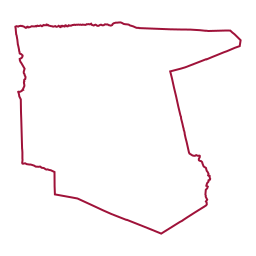 outline of Nkayi, Matabeleland North, Zimbabwe
{"feature_id": "62879985B68584159333685", "entity_name": "Nkayi", "entity_type": "district", "adm_level": 2, "iso_a3": "ZWE", "parent_name": "Zimbabwe", "parent_adm1": "Matabeleland North", "projection": "orthographic", "projection_center": [28.451, -18.923], "detail": "fine", "context": "isolated", "style": "outline", "palette": "rose", "viewbox_px": 256, "rotation_deg": 0, "n_neighbors": 0, "source": "geoboundaries", "source_scale": "gbopen_adm2", "svg_char_len": 5142}
<svg xmlns="http://www.w3.org/2000/svg" viewBox="0 0 256 256"><path d="M206.3,205.2L206.8,204.3L206.6,202.4L205.9,201.5L207.2,199.7L205.7,196.7L205.8,195.6L205.4,194.6L205.8,189.8L207.2,188.3L207.8,186.6L206.7,185.9L206.5,185.5L206.4,185.5L207.1,183.2L208.5,181.6L208.5,180.3L210.0,179.6L210.2,178.8L209.8,178.1L209.6,175.9L208.6,175.8L208.1,175.3L208.6,174.0L207.7,172.1L206.7,170.8L206.1,168.7L206.1,168.2L205.8,167.8L204.1,166.8L203.6,166.3L203.3,165.6L202.4,163.3L202.2,162.3L202.1,162.1L201.3,161.3L201.0,161.1L200.4,161.0L199.4,160.6L199.0,160.3L198.9,160.2L198.8,159.5L198.9,158.7L199.3,158.0L199.5,157.7L199.8,157.0L199.8,156.6L199.8,155.9L199.7,155.8L199.6,155.7L199.2,155.6L198.3,155.8L198.1,155.8L197.2,155.6L196.3,155.1L196.2,155.1L195.0,155.8L194.0,155.8L192.6,155.5L192.2,155.3L191.0,154.5L189.5,153.6L189.4,153.4L189.2,152.8L189.0,152.6L188.5,150.4L186.6,141.9L185.6,138.1L184.7,134.0L184.6,132.7L184.2,131.0L183.8,130.1L183.6,128.5L183.2,127.3L182.4,123.6L181.1,118.5L181.0,116.8L180.5,115.7L178.3,106.5L176.2,96.8L173.9,87.2L172.0,78.5L170.2,71.4L180.6,68.7L185.3,67.3L205.7,59.4L206.2,59.2L206.5,59.4L212.7,56.8L216.2,55.4L223.8,52.3L226.9,51.2L234.9,47.8L239.7,46.1L240.6,40.3L240.6,40.2L234.5,34.2L232.2,32.4L230.3,30.6L226.8,30.5L208.4,31.0L205.9,30.7L205.7,30.8L200.0,30.2L190.3,29.6L180.3,29.5L170.0,29.3L159.8,28.9L139.1,28.1L138.9,27.9L137.4,27.9L136.9,27.9L135.7,27.5L133.3,26.4L131.0,25.7L130.1,25.5L128.7,24.6L127.4,24.4L125.1,24.2L123.6,23.9L122.3,23.1L121.6,22.8L121.2,22.6L120.4,22.4L118.6,22.5L118.0,22.6L117.1,22.7L115.6,22.7L114.4,23.1L113.9,23.2L113.5,23.4L112.6,24.1L112.5,24.4L112.2,25.0L111.2,25.5L110.7,25.6L109.9,25.4L109.6,25.3L108.9,25.2L108.7,25.0L108.1,24.8L107.9,24.6L107.4,24.4L107.1,24.4L106.1,24.5L105.0,24.3L103.7,25.2L102.3,25.3L101.1,24.7L100.4,24.8L99.4,25.3L98.6,25.8L97.3,25.8L96.0,24.9L95.9,24.9L95.6,24.7L94.5,25.0L93.8,25.5L91.9,24.9L91.1,23.7L89.9,24.4L88.6,24.1L87.7,24.3L86.7,24.2L85.7,24.9L83.0,24.7L82.5,24.6L81.9,24.9L81.1,24.8L80.3,24.6L80.1,24.7L79.4,24.8L78.5,24.6L78.1,24.6L77.4,24.8L76.5,24.7L75.7,24.8L75.3,25.0L75.1,25.0L74.5,24.7L74.1,24.8L73.7,24.8L73.4,25.0L72.5,25.0L72.1,25.1L71.9,25.3L71.7,25.5L71.4,25.6L71.1,25.6L70.6,25.7L70.4,25.7L70.1,25.5L69.9,25.5L69.6,25.6L69.3,25.7L68.9,25.4L68.6,25.3L67.9,26.3L67.7,26.4L66.9,26.3L66.4,26.0L66.3,25.6L66.1,25.5L65.8,25.4L65.4,25.3L65.1,25.5L64.9,26.0L64.8,26.3L64.7,26.5L64.3,26.5L64.2,26.3L63.1,26.0L62.5,25.8L62.4,25.8L62.1,26.3L61.9,26.2L61.4,25.9L61.2,25.9L61.0,26.4L61.0,26.6L60.7,27.1L60.2,27.1L59.2,26.1L58.7,25.8L58.3,26.2L57.0,26.7L56.4,26.8L55.9,26.6L55.3,26.1L53.5,26.6L52.9,26.6L52.3,26.3L50.8,26.1L50.1,25.9L48.1,25.4L47.9,25.2L47.9,24.9L47.2,24.7L46.8,24.6L46.8,25.1L46.7,25.2L45.9,25.2L44.3,25.2L44.0,25.3L43.7,25.0L43.2,25.2L42.1,26.2L41.7,26.2L40.8,25.5L40.6,25.4L40.1,25.6L39.1,26.0L38.2,26.0L37.7,25.7L37.4,25.7L36.5,26.4L36.4,26.4L36.2,26.3L36.3,26.0L36.1,25.9L35.5,26.1L35.1,26.4L34.9,26.4L32.7,26.4L31.9,26.2L29.6,27.2L28.5,27.3L28.4,27.4L28.2,27.4L28.0,26.9L27.8,26.7L27.5,26.7L27.1,26.8L26.9,27.0L26.1,27.8L25.6,27.8L25.5,27.7L24.9,27.2L24.7,27.2L23.9,26.6L22.8,26.2L22.2,26.2L21.9,25.9L21.5,26.0L21.4,26.0L20.8,25.9L20.5,25.8L20.0,26.0L19.5,26.0L19.0,26.1L18.3,26.6L18.2,26.6L17.7,26.5L16.9,26.2L16.5,26.2L16.1,26.3L15.6,26.7L15.5,26.9L15.4,26.9L15.4,27.2L15.5,27.6L15.5,27.9L15.7,28.5L15.8,30.5L15.9,31.1L15.9,31.4L16.2,34.5L16.5,35.1L16.6,35.5L17.2,39.0L17.3,39.4L17.8,43.9L17.8,44.3L18.0,44.8L18.2,45.8L18.3,46.1L19.0,49.5L19.1,50.5L19.3,51.5L19.5,51.8L19.6,53.1L19.7,53.4L20.0,53.7L20.2,53.8L20.9,54.0L21.3,54.2L21.8,54.7L22.2,55.1L22.5,55.3L22.6,55.5L22.5,56.1L22.5,56.5L21.9,57.6L21.4,58.0L21.2,58.2L20.8,58.4L19.7,58.9L19.9,60.5L20.0,60.7L20.6,62.1L20.9,62.4L21.6,63.5L24.6,68.7L24.3,69.7L23.7,71.9L23.8,73.0L23.9,73.4L24.5,74.1L24.8,75.6L25.4,76.5L25.5,77.1L25.5,77.7L25.3,78.5L25.3,78.9L25.2,79.1L25.0,79.3L24.7,79.4L24.5,79.5L24.3,79.7L24.2,79.9L24.1,81.0L24.3,81.4L24.3,81.6L23.9,82.1L23.9,82.3L24.0,83.0L24.0,83.4L24.2,83.9L24.2,84.3L24.3,84.6L24.3,85.0L24.4,85.5L24.3,85.8L24.3,86.2L23.5,87.9L23.3,88.3L23.3,88.6L23.1,88.9L22.9,89.2L22.9,89.5L23.1,89.9L22.8,90.0L22.7,89.9L22.4,89.9L22.1,90.3L21.9,90.7L21.8,90.9L21.0,91.3L20.1,91.7L19.9,91.8L19.5,91.8L18.4,91.7L18.2,91.8L18.2,92.0L18.5,92.5L19.0,94.4L19.3,96.4L20.8,99.4L21.0,112.0L21.3,120.6L22.1,148.9L22.2,149.1L22.4,152.4L22.4,152.5L22.4,158.6L22.5,159.3L22.5,160.3L22.2,162.7L22.2,163.0L22.5,163.6L22.9,163.7L23.3,163.7L24.0,163.5L24.5,163.4L24.9,163.3L25.2,163.3L25.6,163.5L26.5,164.1L27.2,164.2L28.4,164.4L29.2,164.5L30.5,164.5L32.6,165.1L33.7,165.5L34.1,165.6L34.4,165.8L35.5,166.5L36.1,166.7L36.8,166.7L37.3,166.7L38.8,166.8L39.4,166.7L39.7,166.6L40.2,166.6L40.4,166.7L40.7,166.9L41.1,167.4L41.4,167.6L42.2,167.9L43.0,167.9L43.7,168.0L44.6,168.5L45.3,169.1L45.7,169.3L46.3,169.5L46.9,169.5L47.2,169.4L47.7,169.4L49.3,170.0L50.7,170.2L54.5,172.0L54.6,186.3L54.9,194.4L71.6,197.4L77.5,198.5L91.2,204.8L103.2,210.4L111.6,214.1L126.4,219.9L126.8,219.8L139.4,224.8L152.4,230.0L161.2,233.6L179.8,222.0L182.5,220.6L182.6,220.4L187.6,217.1L194.5,212.7L205.7,205.7L206.3,205.2Z" fill="none" stroke="#9f1239" stroke-width="2"/></svg>